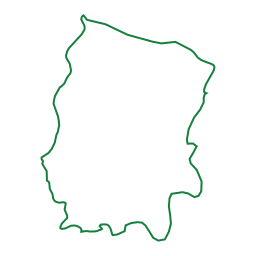 outline of Afrin, Aleppo, Syria
{"feature_id": "27442178B88911382861768", "entity_name": "Afrin", "entity_type": "district", "adm_level": 2, "iso_a3": "SYR", "parent_name": "Syria", "parent_adm1": "Aleppo", "projection": "robinson", "projection_center": [36.751, 36.572], "detail": "fine", "context": "isolated", "style": "outline", "palette": "green", "viewbox_px": 256, "rotation_deg": 0, "n_neighbors": 0, "source": "geoboundaries", "source_scale": "gbopen_adm2", "svg_char_len": 2797}
<svg xmlns="http://www.w3.org/2000/svg" viewBox="0 0 256 256"><path d="M165.6,238.0L168.9,231.6L170.9,223.8L170.2,215.6L168.9,206.6L169.5,198.3L171.6,193.8L182.5,192.2L188.0,193.4L194.4,197.1L198.5,195.9L201.2,191.4L201.5,184.9L201.6,181.5L196.8,170.0L190.7,163.4L189.6,158.9L193.0,153.2L196.7,146.3L192.9,143.5L191.2,143.5L187.6,143.7L186.9,139.5L188.0,133.1L188.4,131.0L188.7,129.1L194.1,117.5L200.1,109.7L203.7,102.3L203.7,97.9L204.7,94.2L206.3,93.2L205.3,92.9L204.1,91.7L204.1,89.9L204.1,89.6L205.0,86.8L205.3,86.1L205.9,84.3L213.9,70.2L213.9,69.9L214.3,67.8L214.4,67.2L214.4,66.9L213.7,65.4L213.5,65.2L212.6,64.6L212.2,64.3L210.2,63.5L204.5,61.4L203.3,60.9L201.8,60.3L201.3,60.1L197.8,57.6L194.1,52.6L191.7,50.6L190.7,49.8L182.8,45.7L175.5,41.9L174.0,42.1L172.9,42.2L171.3,42.3L170.3,42.4L169.6,42.5L161.2,43.4L159.5,43.0L157.9,42.7L153.4,41.9L127.6,34.8L125.5,33.8L112.5,27.6L107.7,25.3L105.3,24.2L89.0,20.3L87.0,19.8L86.6,19.3L83.6,15.4L82.8,15.9L82.0,16.5L81.2,19.2L81.8,20.5L82.8,22.5L84.0,24.8L84.3,25.4L84.3,25.5L84.6,26.5L84.6,27.0L84.6,28.0L84.6,28.5L84.5,29.6L83.8,30.8L83.7,30.9L81.8,34.2L79.1,37.2L78.0,38.3L74.4,42.2L73.6,43.1L69.0,48.1L68.3,49.3L68.1,49.6L67.5,50.7L67.0,51.6L66.9,52.3L66.3,54.7L66.0,56.0L66.4,57.9L67.7,60.2L69.8,63.9L70.9,69.8L71.0,70.6L70.4,73.3L68.8,75.3L68.5,75.7L67.3,77.3L66.4,79.0L64.2,83.7L60.8,86.8L60.6,86.9L60.2,87.1L59.9,87.2L55.0,96.0L54.5,97.9L53.7,101.8L53.7,102.7L53.6,103.7L53.6,104.1L54.7,107.0L58.0,116.4L58.7,120.4L58.8,120.8L59.2,125.3L57.7,132.3L56.4,134.9L56.3,135.3L55.8,137.6L54.8,142.4L52.2,148.1L52.0,148.5L48.6,152.9L43.5,156.2L41.6,157.4L41.6,159.1L42.4,160.3L43.0,161.3L42.3,163.6L42.3,163.8L45.0,168.4L46.7,171.2L46.9,178.5L46.9,180.6L47.7,181.1L48.6,181.7L49.3,183.2L49.6,186.7L49.8,188.9L50.8,190.9L52.1,193.4L52.6,194.3L52.7,195.1L53.1,197.6L53.1,198.1L53.2,198.4L54.0,200.0L55.4,201.5L56.6,202.0L57.4,202.3L58.4,202.5L59.8,202.7L60.0,202.7L63.1,202.2L64.0,202.4L65.4,202.8L65.5,203.2L65.7,204.1L64.8,208.7L64.6,209.5L65.7,212.1L66.4,213.8L66.7,214.4L67.2,215.8L67.2,216.0L67.2,218.0L63.9,221.4L61.8,223.6L61.6,224.0L61.0,225.4L60.4,226.8L60.3,227.2L60.4,227.8L60.4,228.1L61.6,228.9L65.0,228.5L71.2,225.7L71.3,225.7L74.9,225.5L75.7,225.7L75.9,225.8L76.9,226.1L78.0,226.4L79.4,227.3L80.4,227.9L81.3,229.4L81.4,229.6L81.3,231.5L81.3,231.9L82.6,231.5L84.9,231.2L87.4,231.1L89.6,231.5L91.1,231.5L94.8,231.4L97.2,231.1L98.4,230.4L100.5,229.8L102.0,228.9L101.1,227.7L99.7,226.2L100.2,225.3L100.7,224.7L102.9,224.4L105.7,224.4L107.4,224.8L108.6,225.7L109.5,226.9L110.4,228.5L111.0,230.1L111.6,232.3L112.2,234.2L112.6,235.1L117.7,234.4L118.8,233.8L124.6,231.2L125.6,225.4L131.4,223.0L137.5,222.2L141.9,222.6L145.4,225.4L149.4,231.6L153.2,237.8L158.3,240.6L164.8,239.4L165.6,238.0Z" fill="none" stroke="#15803d" stroke-width="2"/></svg>